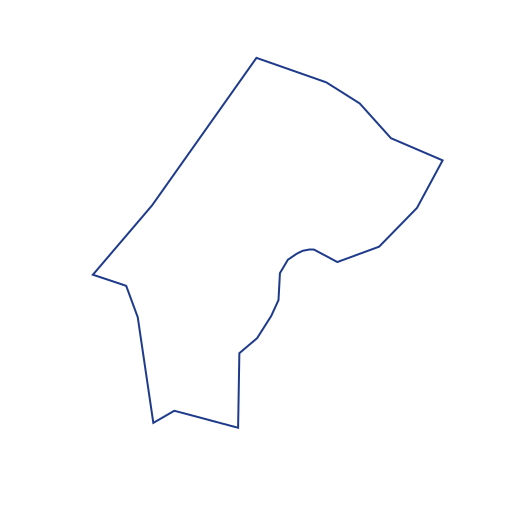 map outline of Šoštanj (Mercator projection), rotated 287°
{"feature_id": "SVN-995", "entity_name": "Šoštanj", "entity_type": "Municipality", "adm_level": 1, "iso_a3": "SVN", "parent_name": "Slovenia", "parent_adm1": "", "projection": "mercator", "projection_center": [14.991, 46.406], "detail": "fine", "context": "isolated", "style": "outline", "palette": "blue", "viewbox_px": 512, "rotation_deg": 287, "n_neighbors": 0, "source": "natural_earth", "source_scale": "10m", "svg_char_len": 475}
<svg xmlns="http://www.w3.org/2000/svg" viewBox="0 0 512 512"><g transform="rotate(287 256 256)"><path d="M190.4,105.5L274.0,141.8L445.6,198.5L442.6,272.5L432.2,310.6L408.1,350.6L402.0,406.5L349.1,395.9L300.9,371.0L274.0,335.5L279.1,309.6L277.9,305.3L274.6,299.1L270.1,294.3L261.8,287.6L246.6,283.9L220.4,290.4L203.2,288.1L177.8,281.1L158.2,268.5L86.5,289.1L84.1,223.1L66.4,206.6L162.9,160.8L189.5,140.6L190.4,105.5Z" fill="none" stroke="#1e3a8a" stroke-width="2"/></g></svg>